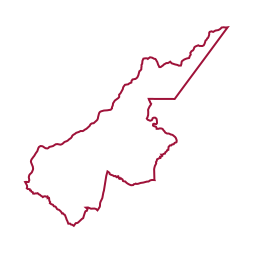 outline of Benedito Leite, Maranhão, Brazil, rotated 176°
{"feature_id": "56859067B5303155589786", "entity_name": "Benedito Leite", "entity_type": "district", "adm_level": 2, "iso_a3": "BRA", "parent_name": "Brazil", "parent_adm1": "Maranhão", "projection": "albers", "projection_center": [-44.578, -7.16], "detail": "fine", "context": "isolated", "style": "outline", "palette": "rose", "viewbox_px": 256, "rotation_deg": 176, "n_neighbors": 0, "source": "geoboundaries", "source_scale": "gbopen_adm2", "svg_char_len": 4643}
<svg xmlns="http://www.w3.org/2000/svg" viewBox="0 0 256 256"><g transform="rotate(176 128 128)"><path d="M211.6,62.8L211.6,61.5L211.3,60.3L210.8,59.5L211.2,58.5L209.9,57.4L208.2,56.6L207.4,55.1L206.2,54.8L205.5,54.2L205.0,53.3L204.6,52.3L203.7,51.6L202.7,51.3L201.9,50.6L200.9,49.5L200.2,48.4L199.8,47.4L198.9,47.5L198.3,46.5L197.3,46.0L196.8,45.1L196.4,43.7L195.9,42.2L195.7,41.1L195.2,39.9L194.8,38.9L194.5,37.6L194.2,36.7L193.4,36.7L192.5,36.7L191.8,35.8L190.3,35.3L188.9,34.2L187.4,36.0L186.8,36.7L185.3,36.8L184.5,37.1L180.3,40.5L179.0,41.2L178.0,43.9L176.7,47.1L176.1,48.0L174.8,48.3L174.1,49.8L174.8,50.8L175.5,51.5L173.4,51.5L170.6,50.1L167.2,50.0L165.6,49.5L164.2,48.0L163.3,49.1L161.7,51.3L161.4,52.3L161.1,54.8L160.6,56.2L158.5,59.9L157.1,65.3L156.4,67.2L153.0,81.8L151.5,86.1L150.4,85.3L149.6,84.4L149.5,83.4L148.6,82.7L147.2,82.1L146.3,81.7L145.3,80.9L144.0,81.0L143.5,80.4L142.8,79.8L142.2,80.4L141.3,80.5L141.4,79.6L140.0,79.1L140.4,78.2L139.5,77.7L138.4,78.2L137.0,77.0L136.7,75.5L135.5,75.0L134.4,74.8L133.5,73.6L132.4,72.7L131.4,72.0L130.2,71.3L128.9,70.7L128.1,70.7L126.9,70.7L126.1,71.5L125.1,71.6L124.2,72.0L123.3,71.6L122.0,71.6L119.2,72.3L116.5,72.5L114.0,73.0L113.0,73.2L111.2,73.2L109.5,74.2L107.7,74.5L105.1,74.2L105.3,75.1L105.2,76.0L104.8,85.1L104.5,86.3L103.8,88.3L102.8,89.9L102.3,90.9L102.5,92.0L101.7,93.1L101.2,94.7L100.0,95.2L99.0,95.7L97.9,95.8L98.0,97.1L96.8,97.1L95.9,97.7L96.6,99.1L95.3,99.0L94.3,99.7L92.9,99.9L92.5,101.1L91.1,102.0L90.4,103.2L89.3,103.4L89.1,104.9L88.8,106.4L88.0,107.1L87.2,107.8L86.1,107.6L85.0,108.6L83.6,108.6L82.5,109.9L80.7,110.4L80.4,111.3L80.3,112.3L80.9,114.5L81.6,115.7L83.8,117.8L84.8,118.3L86.0,118.6L86.8,119.2L87.7,119.6L89.5,119.8L91.2,120.9L91.8,122.1L92.7,123.1L93.3,124.3L94.0,124.9L94.9,125.2L96.4,125.4L97.6,125.1L99.5,125.2L99.5,126.1L100.0,127.3L101.9,128.0L102.9,128.7L102.7,130.1L101.7,130.5L100.7,130.0L99.4,130.0L98.7,130.9L98.7,133.9L99.0,135.4L100.2,136.4L101.6,136.5L102.7,136.1L103.2,134.9L103.8,134.1L105.4,133.7L107.8,134.9L108.6,136.1L107.7,137.5L107.5,138.3L107.0,139.4L106.7,142.6L106.7,144.7L106.2,145.8L105.3,147.4L104.9,148.1L103.9,149.2L103.2,150.5L104.1,151.9L104.2,152.8L104.9,154.1L105.3,155.6L79.4,153.7L73.5,160.7L46.2,192.6L21.6,221.5L22.9,221.4L24.2,221.5L25.3,221.8L27.6,221.7L29.0,220.4L31.0,219.4L34.0,219.1L36.4,217.9L37.9,218.6L39.8,218.2L40.4,217.2L40.5,215.4L41.3,213.4L41.9,212.3L42.7,211.9L43.4,210.6L44.5,209.9L45.7,206.8L46.7,205.2L48.1,204.6L51.1,204.9L52.1,205.6L55.1,204.6L56.2,203.8L57.0,201.9L57.8,200.9L59.3,200.2L60.6,198.5L60.3,196.8L61.4,195.4L62.1,193.6L64.7,193.2L67.1,192.4L69.4,191.0L69.9,190.2L70.3,188.1L70.9,186.6L73.1,186.7L74.1,187.4L76.5,188.1L78.2,188.8L79.9,189.5L81.3,191.2L82.5,190.5L83.7,190.0L85.2,190.1L86.6,189.4L87.7,188.9L88.7,188.0L91.2,186.5L92.5,186.6L93.0,188.0L93.5,189.0L94.2,191.8L95.0,193.3L95.4,194.3L96.0,195.0L97.0,195.2L99.1,196.5L101.1,197.0L102.6,196.1L103.4,195.5L104.2,196.2L106.1,196.3L107.8,196.1L108.9,194.0L109.4,191.0L110.0,190.3L110.2,189.2L110.2,188.1L110.5,187.3L110.6,185.7L111.5,184.6L112.7,183.8L114.0,179.9L115.2,177.8L116.2,177.0L117.2,176.4L118.0,176.4L119.0,176.2L120.1,176.1L121.2,174.7L121.5,173.1L123.6,172.4L124.7,171.6L126.8,171.4L128.0,171.3L129.6,169.5L130.1,168.5L130.5,167.1L133.1,163.1L134.5,161.9L134.6,159.6L135.5,158.6L139.2,156.3L141.2,153.6L141.6,151.6L142.6,149.7L142.6,148.7L144.0,147.4L145.5,147.3L147.4,147.1L148.2,147.1L150.8,147.1L153.7,146.5L154.8,146.0L155.5,145.3L156.0,144.2L157.1,140.9L157.3,139.9L157.9,138.5L158.6,137.8L161.9,135.2L163.7,135.1L164.7,134.6L165.4,134.0L166.1,132.8L169.1,130.4L170.1,129.8L171.1,129.4L172.5,128.5L173.3,128.1L175.5,128.3L177.3,127.5L180.0,126.8L181.6,125.7L182.9,125.1L184.1,124.2L184.7,123.0L185.7,121.9L187.7,120.7L188.9,119.7L189.9,119.2L192.3,118.5L193.3,117.7L194.6,116.7L195.6,116.3L196.6,116.1L199.6,116.9L201.3,116.8L204.1,115.2L205.8,114.9L207.8,114.6L208.8,113.6L209.8,113.2L211.7,113.6L212.4,114.1L214.3,115.6L215.1,115.9L216.6,116.1L218.1,115.3L218.8,114.3L220.1,111.2L221.8,109.2L223.5,106.7L224.2,106.0L224.8,105.3L226.4,103.4L227.0,102.2L227.2,101.1L227.0,100.2L225.6,95.9L225.6,95.0L225.5,93.9L225.7,93.1L226.9,90.7L227.6,89.9L229.0,88.8L229.8,87.8L230.4,85.9L230.1,82.9L230.9,81.1L232.2,81.1L233.4,81.4L234.4,81.3L233.7,79.8L232.8,77.8L232.7,76.1L233.2,75.0L232.4,74.2L230.3,73.8L230.1,72.6L229.1,72.4L228.9,71.4L228.3,70.9L227.5,70.6L227.2,69.2L226.0,69.0L225.1,69.2L223.5,69.1L222.7,69.3L221.6,68.1L220.5,67.5L219.7,66.6L218.5,65.8L217.8,65.0L216.4,65.7L215.2,65.6L214.3,65.1L213.1,65.4L212.7,64.6L213.0,63.6L211.7,63.7L211.6,62.8Z" fill="none" stroke="#9f1239" stroke-width="2"/></g></svg>